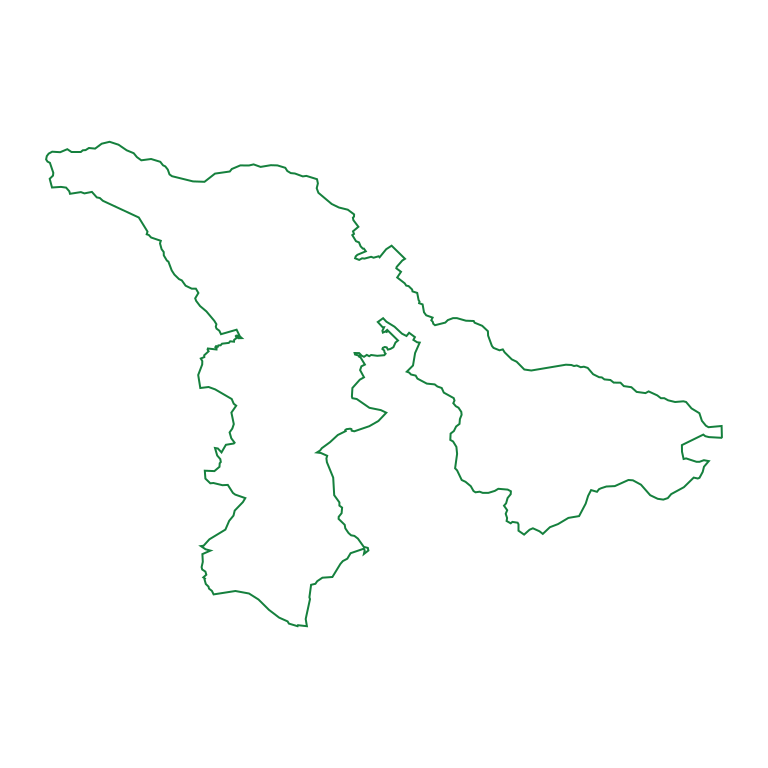 Cuzaplac, Salaj, Romania (Natural Earth projection)
{"feature_id": "2599482B68885954043244", "entity_name": "Cuzaplac", "entity_type": "district", "adm_level": 2, "iso_a3": "ROU", "parent_name": "Romania", "parent_adm1": "Salaj", "projection": "natural_earth1", "projection_center": [23.229, 46.944], "detail": "fine", "context": "isolated", "style": "outline", "palette": "green", "viewbox_px": 768, "rotation_deg": 0, "n_neighbors": 0, "source": "geoboundaries", "source_scale": "gbopen_adm2", "svg_char_len": 6088}
<svg xmlns="http://www.w3.org/2000/svg" viewBox="0 0 768 768"><path d="M297.6,626.2L298.0,625.2L306.9,626.2L305.7,619.0L310.0,599.1L309.4,597.3L311.1,584.8L315.4,583.8L317.2,581.2L322.4,577.7L332.4,577.0L340.4,563.9L342.8,561.1L347.3,558.7L350.6,553.2L363.8,548.7L364.7,550.4L363.9,554.0L368.4,550.5L367.8,547.9L363.8,546.9L357.9,538.6L354.4,535.9L351.1,535.3L348.5,533.0L345.3,528.3L344.7,524.8L338.6,518.9L338.7,516.8L341.6,513.2L342.1,507.6L339.4,505.6L339.4,502.4L334.2,495.2L333.2,477.6L326.9,462.2L326.4,458.4L327.2,455.8L320.9,453.0L316.9,452.5L320.1,450.5L321.8,448.2L330.0,442.2L337.8,435.0L345.7,431.1L345.2,430.2L346.4,429.2L350.1,428.7L351.4,429.1L351.7,430.7L354.3,431.3L369.3,426.2L378.4,421.0L386.3,412.7L380.8,410.1L369.4,407.8L356.7,399.0L352.4,398.2L351.9,396.7L352.4,388.0L359.8,379.7L364.0,377.3L360.1,370.1L361.4,366.3L364.9,364.6L360.6,357.5L359.2,356.7L359.8,355.9L355.0,354.5L354.6,353.0L359.2,353.1L361.7,355.7L364.0,356.8L366.8,354.9L369.2,356.2L371.1,355.0L377.3,355.8L384.3,355.2L385.6,353.7L384.6,352.6L384.2,350.5L382.4,349.0L382.9,347.8L384.8,347.0L386.7,347.4L387.9,349.6L390.5,348.9L393.4,347.2L395.5,342.5L398.0,340.5L387.2,329.9L386.3,330.7L387.2,331.3L386.7,332.0L385.4,331.5L382.9,332.6L382.4,330.8L384.1,327.2L382.6,327.2L377.8,322.0L383.1,318.2L386.4,321.7L394.5,326.7L402.0,333.7L406.5,336.0L409.1,332.8L414.9,337.1L413.4,339.9L417.2,342.3L419.7,342.6L415.1,353.0L413.0,365.5L406.8,371.7L409.2,372.6L411.0,374.5L415.7,375.6L417.4,378.6L426.8,383.6L434.7,384.4L437.4,386.5L441.7,388.0L443.8,392.6L453.7,398.1L454.5,400.5L453.3,403.2L455.8,406.2L458.5,407.7L461.3,411.9L461.6,414.8L459.9,419.1L459.5,423.9L456.1,426.5L453.9,431.0L450.6,433.6L450.3,439.9L453.1,441.5L456.4,446.9L457.1,453.9L455.1,468.3L457.1,470.4L461.7,480.0L465.5,481.8L470.8,486.2L473.5,491.0L475.5,492.3L479.6,491.7L482.8,492.9L488.3,492.9L494.8,490.9L498.3,488.8L507.7,489.6L510.9,491.3L510.7,494.2L507.6,498.0L506.1,503.3L504.0,505.7L507.2,510.2L505.7,513.8L507.1,518.0L506.6,521.0L510.7,523.3L512.4,521.9L517.6,522.7L518.5,524.3L518.5,530.7L524.1,534.6L529.6,529.7L532.9,528.3L539.5,531.3L542.8,533.9L549.9,527.2L558.0,524.1L568.4,517.9L579.1,516.1L585.7,503.6L588.1,495.9L591.1,490.1L597.0,491.8L599.0,489.2L601.2,488.2L606.4,486.5L614.8,486.1L628.4,480.0L632.9,480.3L641.0,484.7L650.2,495.2L657.7,498.8L663.3,499.6L667.8,498.1L671.2,494.1L683.9,487.2L693.7,477.6L697.8,478.5L699.5,477.8L702.7,471.9L704.0,466.7L708.8,461.1L703.9,460.2L699.5,461.8L696.5,461.8L686.1,458.4L683.6,459.0L682.0,451.7L681.9,445.1L703.3,434.6L705.3,436.2L709.0,437.1L721.4,437.8L721.9,437.2L721.6,426.0L708.5,427.2L705.9,425.7L701.9,420.8L699.4,413.2L691.5,408.4L686.1,402.0L683.4,401.3L675.1,402.0L668.1,400.3L664.3,398.2L660.9,398.2L657.3,395.4L648.6,391.4L645.5,393.1L636.6,391.9L631.4,387.2L623.8,386.1L620.5,382.7L613.7,382.6L610.4,380.0L604.4,379.4L601.8,377.4L599.1,377.2L593.1,374.2L587.7,367.9L583.9,366.7L580.7,367.2L576.8,365.5L574.0,366.0L571.4,365.0L565.9,364.7L531.3,370.5L524.3,369.5L516.6,361.7L511.8,359.4L504.6,352.3L502.8,349.4L499.5,350.3L493.5,347.9L491.9,345.9L488.1,335.6L487.9,331.2L482.2,325.8L474.6,322.7L473.7,321.0L465.9,320.7L456.8,318.1L453.1,318.1L447.8,320.1L445.3,322.6L435.0,325.2L433.3,323.8L432.7,321.7L431.3,320.3L432.6,317.6L426.2,315.3L424.0,312.3L422.6,304.4L419.1,303.2L419.5,301.5L418.6,300.1L417.2,292.9L412.5,291.4L412.1,289.5L408.6,286.1L406.2,285.6L404.7,283.3L397.2,277.5L401.0,271.8L396.3,268.3L396.7,266.9L402.3,260.5L405.0,258.8L391.6,245.7L386.2,249.2L379.6,257.3L378.6,256.3L373.6,257.7L371.1,256.8L364.5,258.6L362.1,258.3L359.2,259.9L355.1,258.3L355.7,256.4L357.4,254.8L365.8,251.3L363.9,248.6L362.8,248.6L360.6,246.3L359.0,242.4L356.0,241.2L352.3,235.1L354.0,233.9L353.0,231.3L358.4,226.8L353.4,220.2L352.9,217.7L354.0,216.6L354.1,214.4L347.8,209.7L338.9,207.5L331.7,204.0L318.4,192.8L316.7,188.2L317.9,183.4L317.0,179.2L306.4,175.9L302.8,176.4L294.9,173.5L290.8,173.1L287.3,171.0L285.3,167.8L277.4,165.4L270.8,165.2L260.6,166.9L253.6,164.4L248.9,165.5L240.3,165.4L231.8,169.0L229.8,171.5L215.0,173.6L204.5,181.8L193.0,181.4L172.0,176.2L169.5,174.4L167.8,169.6L165.3,166.4L163.0,165.3L160.3,161.8L151.1,159.0L141.3,160.3L136.9,157.1L133.7,153.2L126.7,150.3L118.5,144.7L109.6,141.8L101.7,143.7L95.1,148.6L88.9,148.0L85.6,150.1L82.8,150.3L80.8,152.0L71.5,152.0L67.3,149.2L60.2,152.2L52.2,151.7L48.7,153.6L46.8,156.1L46.1,159.4L47.5,161.6L49.9,162.8L53.3,172.8L53.0,175.6L49.7,178.8L52.0,187.5L60.9,186.9L66.1,187.6L69.3,191.3L70.0,193.8L80.9,192.1L84.4,193.4L91.9,191.9L96.8,197.4L99.8,198.0L102.9,200.8L138.8,217.5L147.5,231.6L146.7,234.3L148.8,235.0L151.1,237.5L160.8,240.8L160.0,243.4L161.6,249.2L163.7,252.0L163.8,255.4L166.9,260.6L168.4,261.6L171.7,270.4L174.4,274.6L179.0,279.1L181.8,280.4L185.6,285.7L191.8,288.7L195.9,288.7L198.4,293.0L195.2,298.3L196.1,300.8L200.1,306.1L206.4,311.4L214.3,320.8L216.4,324.2L215.8,326.7L216.5,328.6L219.3,330.7L221.0,334.2L236.6,329.7L239.9,336.4L241.8,338.1L238.4,338.2L237.8,337.6L238.3,335.7L236.3,335.6L235.8,336.1L236.7,337.9L234.2,339.8L234.0,341.7L230.2,341.3L228.8,342.9L222.0,343.7L220.6,345.3L218.4,345.4L217.8,346.7L216.1,346.1L215.4,347.1L216.6,347.9L216.5,349.5L207.9,348.5L207.6,349.6L208.6,351.3L204.2,355.3L204.3,357.1L200.8,358.5L202.3,361.1L202.2,364.5L198.2,375.0L200.3,388.0L208.6,387.0L215.2,389.4L231.7,399.0L233.7,403.7L236.2,405.7L231.4,412.6L233.8,424.1L232.3,428.6L229.6,432.4L231.3,438.3L234.6,442.7L233.8,443.5L225.9,444.8L221.5,452.4L217.9,448.5L215.0,448.0L217.2,455.5L220.3,459.1L220.8,462.0L219.7,463.3L219.5,466.8L214.4,471.1L204.8,470.7L205.4,478.6L210.3,483.3L213.4,483.0L222.5,485.2L227.8,484.9L232.9,492.9L235.2,494.6L245.3,498.1L242.9,502.1L234.7,510.6L233.5,515.6L229.2,520.8L225.4,529.6L209.4,539.3L203.6,545.7L200.9,546.1L205.6,549.3L210.5,550.6L202.4,554.1L202.8,561.9L201.6,567.1L202.2,569.5L205.4,571.6L206.3,574.7L203.3,577.4L205.0,578.6L204.5,579.3L205.8,584.0L208.5,586.6L209.0,588.6L211.9,590.9L213.6,594.4L235.4,591.0L249.0,593.5L258.5,599.5L269.0,609.9L279.1,617.6L287.6,621.4L288.9,623.6L297.6,626.2Z" fill="none" stroke="#15803d" stroke-width="2"/></svg>